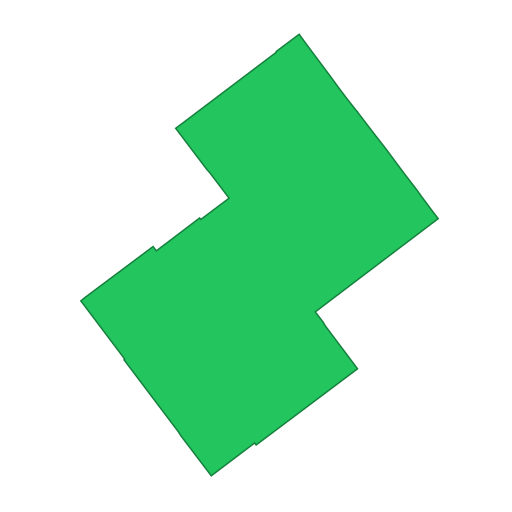 outline of Lake, Oregon, United States of America, rotated 233°
{"feature_id": "52423323B45736239843392", "entity_name": "Lake", "entity_type": "district", "adm_level": 2, "iso_a3": "USA", "parent_name": "United States of America", "parent_adm1": "Oregon", "projection": "mercator", "projection_center": [-120.268, 42.805], "detail": "fine", "context": "isolated", "style": "filled", "palette": "green", "viewbox_px": 512, "rotation_deg": 233, "n_neighbors": 0, "source": "geoboundaries", "source_scale": "gbopen_adm2", "svg_char_len": 752}
<svg xmlns="http://www.w3.org/2000/svg" viewBox="0 0 512 512"><g transform="rotate(233 256 256)"><path d="M407.1,423.9L407.2,395.2L406.5,394.7L406.3,268.7L354.5,268.8L350.2,269.2L318.4,269.3L318.4,233.9L320.3,233.9L320.1,179.5L325.5,179.5L325.8,94.5L325.6,89.1L252.7,89.1L252.5,88.1L162.2,88.2L157.8,87.8L107.4,88.0L107.5,142.4L105.0,142.4L104.8,269.2L158.5,269.3L162.8,269.8L175.7,269.7L175.9,323.6L176.0,353.3L176.0,353.7L176.2,424.0L176.3,424.0L186.5,423.9L204.4,424.0L204.7,424.0L211.6,424.2L233.7,424.0L260.0,424.2L260.3,424.2L266.4,424.2L282.3,423.9L309.7,423.7L310.0,423.9L311.9,423.6L327.1,423.3L329.3,423.3L332.8,423.3L341.8,423.3L351.5,423.5L394.2,423.7L407.1,423.9L407.1,423.9Z" fill="#22c55e" stroke="#15803d" stroke-width="1.5"/></g></svg>